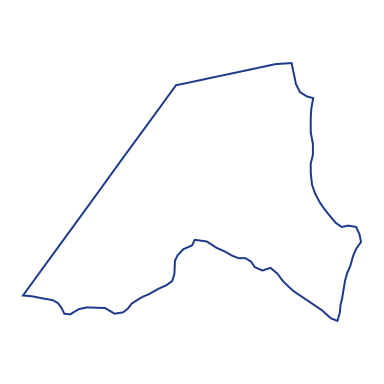 Extremoz, Rio Grande do Norte, Brazil (Mercator projection)
{"feature_id": "56859067B66024700668503", "entity_name": "Extremoz", "entity_type": "district", "adm_level": 2, "iso_a3": "BRA", "parent_name": "Brazil", "parent_adm1": "Rio Grande do Norte", "projection": "mercator", "projection_center": [-35.258, -5.677], "detail": "fine", "context": "isolated", "style": "outline", "palette": "blue", "viewbox_px": 384, "rotation_deg": 0, "n_neighbors": 0, "source": "geoboundaries", "source_scale": "gbopen_adm2", "svg_char_len": 1170}
<svg xmlns="http://www.w3.org/2000/svg" viewBox="0 0 384 384"><path d="M23.0,295.5L32.2,296.3L42.2,298.3L52.6,300.1L57.9,303.0L61.7,308.2L64.3,313.7L70.1,314.4L78.7,309.2L86.9,307.4L105.0,308.0L114.6,313.7L122.9,312.4L127.9,308.6L131.7,303.6L137.1,300.1L143.1,296.6L149.1,294.1L158.4,288.8L166.3,285.3L172.2,281.0L174.4,273.9L175.0,260.7L177.6,255.3L183.3,249.2L192.0,245.5L194.8,239.8L206.8,241.5L216.5,247.8L224.7,251.4L231.9,255.6L238.5,258.1L245.5,258.2L251.0,261.6L254.8,267.1L262.3,270.5L270.5,267.9L277.4,273.6L282.8,281.0L288.8,286.9L293.8,291.3L321.9,310.2L330.9,318.3L337.5,320.9L339.9,312.1L340.5,305.2L342.1,298.5L343.7,288.8L345.2,280.0L347.1,273.3L350.2,266.3L353.1,256.0L356.3,248.6L361.0,242.0L359.6,234.7L356.2,227.0L348.0,225.6L341.8,227.0L335.9,223.0L330.1,216.2L323.9,208.5L319.2,201.4L314.8,192.8L312.0,184.6L310.8,173.5L310.7,163.8L312.9,155.0L312.9,143.9L310.8,132.8L310.7,123.7L310.8,116.4L311.3,108.6L313.2,98.1L307.0,96.5L300.0,92.2L295.9,84.0L294.4,76.4L292.8,69.1L291.6,63.1L275.6,64.1L207.4,78.6L186.0,83.2L176.0,85.2L159.7,107.7L120.8,160.9L94.1,197.8L73.6,226.0L42.0,269.3L23.0,295.5Z" fill="none" stroke="#1e3a8a" stroke-width="2"/></svg>